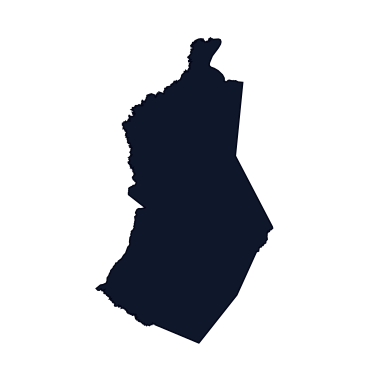 Milán, Caquetá, Colombia (Robinson projection), rotated 218°
{"feature_id": "7082276B138661064638", "entity_name": "Milán", "entity_type": "district", "adm_level": 2, "iso_a3": "COL", "parent_name": "Colombia", "parent_adm1": "Caquetá", "projection": "robinson", "projection_center": [-75.283, 1.126], "detail": "fine", "context": "isolated", "style": "filled", "palette": "ink", "viewbox_px": 384, "rotation_deg": 218, "n_neighbors": 0, "source": "geoboundaries", "source_scale": "gbopen_adm2", "svg_char_len": 6047}
<svg xmlns="http://www.w3.org/2000/svg" viewBox="0 0 384 384"><g transform="rotate(218 192 192)"><path d="M93.7,77.3L93.3,138.4L104.5,184.6L103.2,186.4L104.7,189.0L104.5,190.6L103.7,191.3L103.9,193.4L103.2,193.7L103.6,195.7L103.1,196.1L102.7,197.3L103.6,198.6L103.6,201.0L105.8,203.1L106.4,204.3L107.6,205.5L107.4,206.1L108.0,206.8L108.0,207.4L107.7,207.1L107.6,207.5L107.4,207.4L106.8,208.5L107.3,210.4L106.5,211.1L106.2,213.1L107.3,214.0L180.1,247.1L219.5,309.5L223.4,307.0L226.1,306.5L227.6,304.9L228.1,305.0L228.5,304.3L231.2,303.1L232.1,302.2L232.5,300.0L233.6,299.2L234.2,299.5L234.9,299.1L236.8,301.5L240.1,303.0L246.1,303.6L250.6,303.0L253.9,301.9L255.9,302.1L257.0,303.0L257.9,304.6L259.9,311.8L260.1,321.7L260.7,326.0L261.7,328.1L263.4,329.3L265.2,328.8L269.2,325.2L270.7,325.0L270.9,323.8L272.2,324.7L272.8,322.9L271.5,322.4L271.2,321.8L272.2,321.9L271.9,319.7L272.5,319.3L272.6,320.0L272.9,320.0L274.0,317.9L275.8,318.6L276.4,317.7L277.9,317.2L277.9,317.7L276.9,318.8L277.3,319.3L279.3,318.1L280.9,316.4L282.3,313.7L282.2,313.4L281.3,313.4L281.2,312.9L281.6,311.2L282.6,312.0L282.6,311.0L283.4,310.2L283.1,309.4L282.3,309.2L282.8,308.7L283.0,306.6L282.5,306.3L282.5,307.5L282.0,307.8L281.6,306.2L280.6,306.9L279.0,305.0L279.1,304.5L280.2,304.4L280.5,303.9L279.5,303.3L279.1,301.4L277.9,301.3L277.8,297.9L278.2,295.7L277.5,295.5L277.2,296.7L275.7,295.1L274.5,295.7L274.5,294.2L275.4,293.4L274.8,292.7L272.6,294.3L272.5,293.1L272.9,291.4L272.7,291.2L272.3,291.7L271.6,290.8L271.5,290.4L272.0,289.9L272.0,289.5L270.7,289.2L270.5,288.6L270.1,288.8L269.8,288.5L269.6,287.7L270.4,287.4L270.2,286.0L269.2,284.5L269.4,284.2L270.1,284.3L270.5,283.2L271.2,283.9L271.7,283.9L271.2,283.0L272.1,282.2L271.4,281.6L271.9,277.8L271.2,276.7L270.3,273.5L271.4,270.7L271.5,268.2L271.8,268.2L272.1,269.4L272.6,269.8L272.7,269.0L273.3,268.9L274.1,268.1L273.6,267.0L273.9,265.4L273.5,264.7L274.5,264.2L274.5,263.5L273.9,262.7L274.1,261.9L276.4,259.4L276.4,258.5L275.6,258.0L277.1,256.9L276.9,256.5L276.1,256.4L276.0,254.2L275.8,253.6L275.1,253.4L274.7,252.0L279.4,250.4L278.9,249.8L279.6,248.9L279.1,248.2L279.3,247.8L279.9,248.1L279.7,247.2L279.9,246.4L278.9,245.5L279.1,244.1L281.3,245.3L284.6,244.2L284.4,243.4L285.3,243.0L285.0,242.0L286.3,241.7L286.4,241.4L285.8,241.1L286.8,240.3L286.1,239.6L285.8,237.9L285.1,237.1L285.2,235.1L284.5,234.2L286.5,232.9L287.0,233.7L287.5,233.6L287.3,232.6L285.7,231.5L285.7,231.2L286.2,230.9L285.7,229.5L285.1,229.4L284.3,230.2L284.0,229.7L285.1,228.6L287.2,228.2L287.1,227.6L287.6,227.7L287.8,226.7L289.6,225.3L289.6,225.0L288.7,225.1L288.7,223.7L289.5,223.5L289.7,222.6L290.7,221.9L289.4,220.9L290.1,220.5L290.5,219.6L288.2,220.1L286.7,219.6L287.0,218.7L288.0,218.1L286.7,217.3L286.5,217.5L286.9,218.1L286.3,218.4L286.0,218.3L286.0,217.4L285.1,218.1L285.2,217.3L284.7,215.9L285.1,215.6L285.3,214.7L285.8,214.2L286.6,214.0L287.1,213.3L288.4,213.8L288.7,213.5L288.1,212.7L287.1,212.3L285.7,211.0L285.8,210.6L286.4,211.0L286.8,210.1L286.5,209.7L285.8,209.3L285.6,210.2L284.8,209.7L285.5,208.9L286.3,208.7L286.7,206.1L287.8,206.7L287.8,205.8L288.6,205.4L288.3,204.6L288.9,203.5L288.3,203.4L288.3,202.4L288.0,202.0L286.7,202.1L285.2,199.6L284.6,200.4L282.2,199.1L282.0,199.9L281.3,199.7L280.9,199.1L279.6,198.3L279.5,197.9L280.0,197.4L279.7,197.1L279.3,195.9L278.5,196.1L277.7,194.8L277.4,195.2L276.3,194.7L275.9,195.0L276.0,194.5L275.2,193.5L273.7,192.8L273.5,191.7L271.9,191.3L271.5,192.0L270.8,192.2L269.6,190.9L269.4,190.3L269.6,189.9L269.1,190.0L269.3,189.6L268.5,190.2L268.6,189.1L268.1,189.0L266.8,189.8L266.3,189.0L266.0,187.6L265.4,187.3L265.3,185.2L263.6,184.7L263.2,184.0L262.4,184.3L262.1,183.2L262.7,182.8L262.5,181.0L262.7,181.3L262.9,180.5L262.5,180.7L261.8,179.0L261.1,179.0L260.1,177.9L260.1,176.8L260.6,176.5L260.4,176.1L259.6,175.6L259.0,176.0L258.7,175.5L258.1,175.4L257.3,175.7L257.3,175.4L256.8,175.4L256.7,174.5L256.0,174.4L255.6,174.8L255.3,173.8L255.1,174.1L254.4,174.2L254.3,173.8L254.1,174.1L253.3,174.0L253.2,174.5L253.0,174.0L252.9,174.3L252.1,174.0L251.6,173.3L251.6,172.4L251.0,171.8L249.8,171.8L249.1,171.1L248.7,171.3L248.4,170.7L248.1,170.8L248.2,170.3L247.8,169.9L248.1,169.4L247.7,168.6L248.0,167.3L247.6,166.6L246.9,166.6L246.6,166.1L245.5,165.6L244.1,166.1L243.4,165.3L242.7,165.6L241.7,165.3L241.2,164.0L241.1,161.8L242.4,160.9L242.4,159.6L243.0,158.9L244.0,156.5L243.9,155.9L243.3,155.8L243.0,154.5L242.0,154.0L241.9,152.9L240.7,151.2L240.2,150.9L219.4,150.9L219.5,150.1L221.9,147.3L223.6,146.2L224.0,145.5L224.4,144.3L223.8,141.3L223.5,140.8L221.5,140.0L221.4,139.1L221.8,137.3L219.1,134.7L219.0,133.8L218.3,133.1L217.9,131.7L216.9,130.6L216.6,129.1L215.4,128.5L215.0,125.2L215.4,124.2L215.3,123.3L214.4,122.7L214.2,121.2L213.0,120.4L212.8,118.1L210.4,114.2L208.8,112.9L208.3,110.9L208.6,109.7L208.4,108.6L206.5,102.9L206.8,100.0L206.3,96.2L207.4,92.2L207.0,90.5L208.2,89.0L207.6,87.3L207.8,84.8L207.3,83.6L207.6,80.2L206.9,78.8L206.6,76.6L206.0,75.2L205.9,72.2L204.1,69.7L203.4,67.4L205.0,64.3L206.8,62.3L208.0,57.0L205.8,56.7L204.6,57.5L204.0,59.6L202.0,58.9L201.0,60.5L201.0,60.1L199.7,58.9L199.0,59.2L198.4,58.8L198.5,58.2L197.0,58.9L195.6,58.2L194.8,59.0L194.1,58.7L194.4,58.3L193.8,58.1L192.1,58.7L192.0,58.3L191.4,58.3L191.1,56.9L190.1,57.9L190.1,57.2L189.1,56.8L188.2,57.1L187.0,56.5L186.6,57.2L186.1,56.3L184.7,56.8L183.6,56.5L183.4,55.2L182.8,54.7L182.0,55.0L180.7,56.3L180.3,57.4L179.2,56.6L179.0,57.5L178.6,57.1L178.2,58.2L177.0,57.9L176.2,56.9L175.9,57.5L175.0,58.0L174.9,58.7L173.5,58.3L172.6,58.8L172.0,58.2L170.2,58.5L169.7,57.6L168.4,57.2L168.3,57.8L166.6,57.4L165.8,58.1L165.2,57.9L164.8,58.5L163.1,58.2L162.8,58.6L163.4,58.8L163.3,59.4L162.8,60.0L161.6,59.7L161.1,61.1L160.5,60.7L160.9,60.2L160.9,59.6L160.1,58.9L158.6,59.4L159.2,58.2L158.3,57.5L157.8,58.1L156.6,57.3L155.4,58.2L154.9,57.6L154.4,58.1L154.1,57.5L152.2,58.3L149.5,58.0L148.7,59.1L148.2,58.9L148.2,58.2L147.6,58.0L146.5,59.1L145.5,58.9L145.4,60.2L143.4,60.5L142.9,62.3L142.0,62.9L142.3,64.4L141.0,64.5L140.2,65.4L139.4,64.8L93.7,77.3Z" fill="#0f172a" stroke="#020617" stroke-width="1.5"/></g></svg>